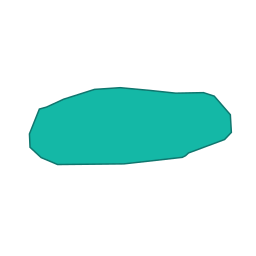 Namoluk, Federated States of Micronesia (Robinson projection), rotated 317°
{"feature_id": "79324940B63325039400057", "entity_name": "Namoluk", "entity_type": "district", "adm_level": 2, "iso_a3": "FSM", "parent_name": "Federated States of Micronesia", "parent_adm1": "", "projection": "robinson", "projection_center": [153.117, 5.923], "detail": "fine", "context": "isolated", "style": "filled", "palette": "teal", "viewbox_px": 256, "rotation_deg": 317, "n_neighbors": 0, "source": "geoboundaries", "source_scale": "gbopen_adm2", "svg_char_len": 409}
<svg xmlns="http://www.w3.org/2000/svg" viewBox="0 0 256 256"><g transform="rotate(317 128 128)"><path d="M151.2,187.5L155.2,187.5L190.8,202.3L200.6,201.7L211.9,188.1L212.8,163.5L207.3,153.6L186.7,135.1L169.6,115.4L149.8,93.2L129.8,76.9L100.5,63.0L82.6,57.1L76.1,53.7L51.9,65.1L43.2,75.3L44.3,90.4L51.6,106.7L100.5,151.4L147.7,186.5L151.2,187.5Z" fill="#14b8a6" stroke="#0f766e" stroke-width="1.5"/></g></svg>